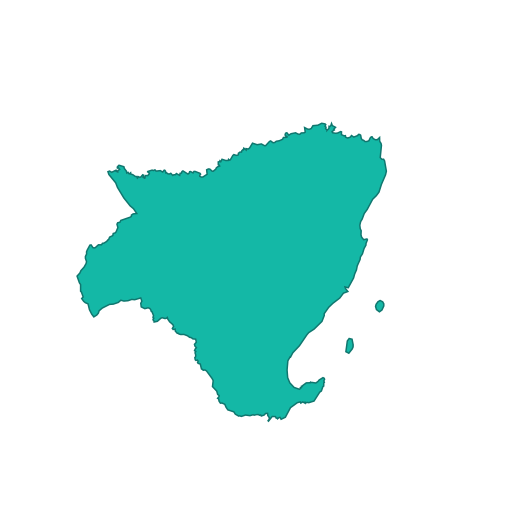 Kinondoni, Dar-Es-Salaam, United Republic of Tanzania, rotated 56°
{"feature_id": "72390352B66429416458525", "entity_name": "Kinondoni", "entity_type": "district", "adm_level": 2, "iso_a3": "TZA", "parent_name": "United Republic of Tanzania", "parent_adm1": "Dar-Es-Salaam", "projection": "orthographic", "projection_center": [39.159, -6.719], "detail": "fine", "context": "isolated", "style": "filled", "palette": "teal", "viewbox_px": 512, "rotation_deg": 56, "n_neighbors": 0, "source": "geoboundaries", "source_scale": "gbopen_adm2", "svg_char_len": 6157}
<svg xmlns="http://www.w3.org/2000/svg" viewBox="0 0 512 512"><g transform="rotate(56 256 256)"><path d="M399.9,338.0L398.1,332.3L400.0,329.7L401.7,329.9L402.2,329.1L403.0,329.2L402.8,327.4L403.2,326.3L405.4,326.5L406.1,321.8L401.0,312.2L400.7,303.8L401.7,300.9L403.0,301.1L403.1,298.9L405.3,297.7L404.5,297.4L404.7,297.0L405.7,296.5L406.0,295.4L407.1,294.3L408.7,289.0L404.5,279.3L404.5,277.3L401.7,273.6L401.7,272.6L399.1,270.8L399.0,270.0L397.4,269.6L396.7,268.2L395.6,267.8L394.3,268.5L394.1,273.0L394.7,274.8L394.7,277.5L391.9,280.5L391.7,281.2L391.1,281.4L391.4,281.9L389.3,285.3L389.5,289.7L390.0,290.7L389.5,291.1L390.0,291.5L390.0,292.7L390.5,292.6L390.8,294.5L386.3,297.9L380.1,298.9L374.6,297.8L367.9,294.0L360.7,288.2L358.7,284.1L359.1,283.9L356.8,279.6L354.7,270.2L349.7,257.7L349.0,255.1L349.1,248.7L347.1,237.9L343.5,232.7L342.0,231.8L339.2,224.5L338.2,218.7L337.7,210.1L335.7,204.3L336.8,199.7L333.1,200.0L331.4,199.5L333.9,197.3L328.8,187.4L326.1,184.3L323.7,180.5L320.8,177.6L317.1,171.7L315.2,170.0L313.7,166.5L310.2,162.2L308.4,158.7L307.2,157.9L304.9,154.6L303.9,154.5L302.7,157.6L299.4,157.9L297.1,157.1L293.9,154.7L291.6,154.3L288.5,152.7L286.0,150.0L284.8,147.4L281.3,142.5L279.6,137.8L274.2,127.6L273.3,122.6L271.8,118.3L266.7,111.9L261.2,103.3L258.6,100.5L249.0,96.2L247.1,96.1L246.2,97.6L243.9,98.0L234.4,90.1L232.6,89.4L230.0,89.3L226.9,87.3L227.4,90.4L226.3,92.1L224.1,93.2L222.1,93.1L221.7,93.8L221.9,95.1L223.6,98.0L223.1,100.0L222.1,101.6L220.2,102.1L219.2,103.0L217.4,103.0L214.4,101.7L213.2,102.1L212.5,103.1L213.0,104.4L212.1,108.4L209.5,109.5L210.2,111.2L209.5,114.0L207.6,115.3L206.2,114.6L205.6,115.8L203.2,117.3L200.9,115.7L200.2,116.2L199.7,119.6L198.7,121.5L196.6,123.6L195.4,123.4L195.3,120.6L194.4,120.7L193.8,118.1L190.6,119.8L188.4,119.3L189.7,121.0L190.0,122.3L189.3,122.9L191.0,124.2L191.6,126.9L191.2,126.6L189.3,127.1L188.4,125.9L187.0,126.2L186.1,124.7L185.1,124.9L182.7,127.3L182.2,131.5L179.8,135.9L181.2,139.0L180.7,141.1L179.6,142.3L176.7,143.9L180.8,145.9L180.8,147.2L179.3,149.7L179.6,151.7L178.4,153.0L176.0,154.3L174.2,158.6L174.2,161.2L171.1,161.5L170.8,162.3L170.8,162.9L171.9,164.2L173.0,164.3L174.1,163.5L174.7,163.6L174.7,164.3L173.1,167.0L174.1,168.7L173.5,172.2L172.2,175.1L172.4,176.9L171.7,178.5L168.8,179.5L168.6,180.8L169.9,186.3L169.4,187.2L166.1,188.9L164.4,192.8L160.5,195.8L162.9,201.0L162.9,202.7L161.5,204.1L162.6,204.9L159.8,205.8L160.9,207.0L160.5,207.3L160.8,208.9L161.7,209.9L160.9,211.2L161.0,213.2L161.9,213.7L162.3,214.6L161.5,216.1L159.1,218.0L159.6,217.8L159.7,219.0L161.9,223.5L161.8,224.3L160.5,224.7L161.3,225.5L160.0,227.6L156.8,230.1L158.1,232.5L156.9,232.7L157.4,233.4L156.9,234.7L159.2,236.2L159.9,235.7L161.1,235.8L160.6,237.4L160.7,239.5L161.5,240.8L161.8,244.1L161.2,244.9L158.1,245.7L157.2,246.8L156.9,248.7L160.9,250.8L160.8,255.9L160.0,257.2L158.5,258.1L157.7,257.6L157.2,256.2L156.1,256.2L151.7,259.3L151.2,260.2L151.9,261.7L149.3,263.1L149.0,263.9L150.0,265.2L150.0,266.6L144.6,269.0L144.6,270.2L145.6,271.4L145.0,272.7L146.5,274.2L143.1,275.9L143.5,277.4L142.7,278.7L142.7,279.9L139.8,280.4L139.6,282.0L138.6,283.1L137.0,283.6L136.7,284.3L135.2,283.6L133.8,283.7L133.5,284.2L134.2,286.4L131.7,287.6L129.8,291.3L128.1,291.6L127.7,293.4L126.7,294.1L125.4,298.5L125.6,298.8L127.4,298.1L128.1,298.4L128.8,300.9L127.6,302.4L127.7,303.0L129.3,304.6L129.0,305.1L128.1,304.6L127.6,305.5L126.9,304.6L126.1,305.0L126.0,304.1L125.3,304.5L126.1,307.4L125.7,308.4L124.4,309.2L124.9,309.6L125.1,310.8L123.5,310.4L122.5,311.6L119.6,312.7L118.1,314.0L116.9,313.4L117.1,315.0L116.6,315.4L115.1,315.3L114.9,316.7L113.2,316.0L109.8,316.2L108.1,315.6L104.5,318.5L104.1,319.1L104.7,321.3L105.6,321.7L105.7,320.8L107.9,320.6L108.0,322.8L109.0,323.6L108.2,324.2L106.9,324.0L106.9,324.7L106.5,324.6L105.9,328.8L103.7,329.9L103.3,331.6L106.2,332.4L116.9,331.4L121.7,332.5L134.0,333.1L144.1,332.3L148.3,331.1L154.1,331.1L152.4,334.3L152.4,336.4L153.5,337.2L153.5,338.4L150.9,348.2L151.9,349.9L151.1,352.1L151.9,353.5L155.2,354.6L157.8,358.6L158.1,359.8L157.5,361.8L159.0,363.3L158.5,366.8L159.9,368.9L160.1,368.6L159.8,369.6L160.4,371.7L160.3,374.9L159.6,376.2L160.3,377.8L158.6,380.4L159.2,384.6L158.8,385.7L157.9,386.5L154.6,386.5L154.1,387.6L156.7,392.6L157.8,394.2L159.6,395.3L161.0,397.7L162.5,398.7L165.8,399.6L167.2,401.0L169.1,404.8L170.2,409.3L171.6,411.5L172.6,415.6L179.5,417.4L181.6,417.4L187.1,421.1L188.3,420.9L193.3,422.2L193.8,424.3L197.2,424.2L199.3,423.6L201.7,422.0L207.4,424.1L212.3,424.7L215.8,424.5L215.9,421.0L215.2,418.6L213.7,416.7L213.2,412.5L214.2,404.5L216.1,401.2L217.5,396.1L217.1,392.8L219.5,390.7L221.5,387.1L222.5,383.3L224.4,381.0L226.3,375.0L229.6,375.9L230.8,378.0L234.0,379.6L237.5,377.6L238.6,374.4L240.1,373.4L241.6,373.3L243.4,373.8L244.0,373.4L248.2,374.3L249.2,375.7L250.4,375.5L250.9,376.8L252.3,377.2L253.2,376.8L253.8,377.3L255.0,374.3L254.4,369.7L254.7,368.3L257.0,366.4L257.5,365.1L257.3,363.9L259.1,364.4L262.3,364.4L266.4,363.3L268.3,363.7L269.3,365.9L270.6,365.8L271.4,363.9L273.1,364.9L276.1,364.5L276.4,363.8L277.6,363.5L279.0,362.3L280.7,359.6L283.8,357.4L286.3,356.5L287.5,355.3L289.4,354.7L291.2,352.5L294.1,353.7L294.8,356.4L296.6,357.0L298.7,356.7L299.0,358.2L300.1,359.9L301.5,359.3L302.2,360.7L304.3,361.3L305.8,362.5L306.0,363.5L308.1,364.4L309.0,364.2L309.5,362.8L310.9,362.8L311.6,364.0L312.7,364.0L314.4,362.6L319.2,364.4L320.1,363.7L321.2,363.7L321.9,362.1L323.5,361.3L333.1,360.9L335.4,361.2L339.9,365.1L346.1,364.1L349.3,365.2L351.1,364.6L351.9,365.3L352.5,367.4L353.6,366.9L355.7,367.8L358.1,367.8L358.9,366.4L361.5,364.8L364.6,365.4L367.8,365.4L372.8,361.5L375.5,361.6L379.0,359.9L379.3,359.0L380.8,357.8L382.0,353.6L385.0,350.3L386.0,347.1L386.9,346.6L387.7,344.4L388.7,342.8L390.0,342.1L390.4,341.0L391.6,341.1L392.4,338.2L391.9,336.1L392.9,334.4L394.8,335.4L397.6,335.4L398.7,336.4L399.3,338.1L399.9,338.0ZM388.5,233.4L386.9,228.3L385.7,226.4L383.9,225.1L378.7,222.9L376.5,224.9L377.5,227.8L385.6,235.0L388.5,233.4ZM371.3,184.9L371.2,181.8L368.9,178.0L367.1,176.8L364.8,176.6L362.3,178.0L362.1,180.4L363.2,183.4L364.7,185.1L367.8,186.1L371.3,184.9Z" fill="#14b8a6" stroke="#0f766e" stroke-width="1.5"/></g></svg>